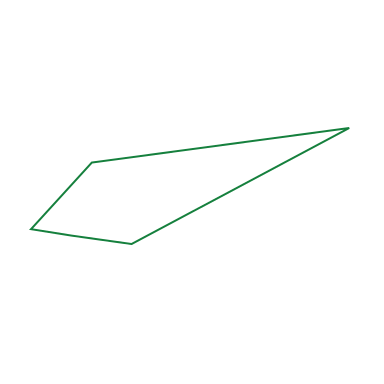 Howland Island, orthographic projection, rotated 262°
{"feature_id": "UMI-5172", "entity_name": "Howland Island", "entity_type": "state/province", "adm_level": 1, "iso_a3": "UMI", "parent_name": "United States Minor Outlying Islands", "parent_adm1": "", "projection": "orthographic", "projection_center": [-176.638, 0.799], "detail": "fine", "context": "isolated", "style": "outline", "palette": "green", "viewbox_px": 384, "rotation_deg": 262, "n_neighbors": 0, "source": "natural_earth", "source_scale": "10m", "svg_char_len": 246}
<svg xmlns="http://www.w3.org/2000/svg" viewBox="0 0 384 384"><g transform="rotate(262 192 192)"><path d="M233.5,356.6L148.9,124.9L157.6,94.5L165.6,66.6L177.6,27.4L235.1,96.9L233.5,356.6Z" fill="none" stroke="#15803d" stroke-width="2"/></g></svg>